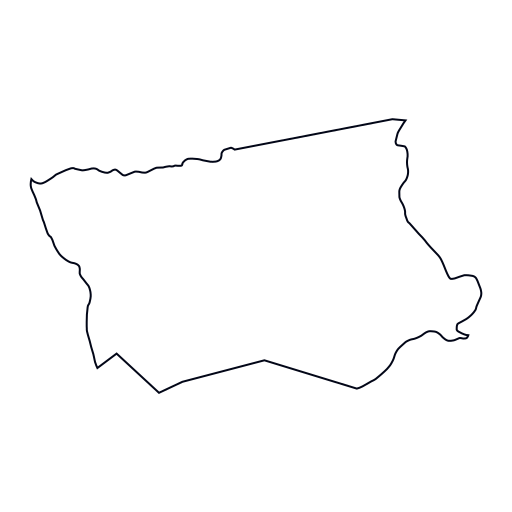 outline of San Juan, La Paz, Honduras
{"feature_id": "27666195B87762475019358", "entity_name": "San Juan", "entity_type": "district", "adm_level": 2, "iso_a3": "HND", "parent_name": "Honduras", "parent_adm1": "La Paz", "projection": "albers", "projection_center": [-87.732, 13.955], "detail": "fine", "context": "isolated", "style": "outline", "palette": "ink", "viewbox_px": 512, "rotation_deg": 0, "n_neighbors": 0, "source": "geoboundaries", "source_scale": "gbopen_adm2", "svg_char_len": 5980}
<svg xmlns="http://www.w3.org/2000/svg" viewBox="0 0 512 512"><path d="M405.5,120.4L392.4,119.2L234.7,149.6L233.3,148.7L232.3,148.2L231.3,147.8L230.9,147.8L230.7,147.8L224.3,149.8L223.9,150.1L223.4,150.5L222.9,151.1L222.4,151.7L221.9,152.6L221.6,153.2L221.5,154.0L221.5,155.3L221.3,156.4L221.0,157.8L220.6,158.7L220.3,159.2L220.0,159.5L219.3,160.2L218.4,160.7L217.3,161.2L215.6,161.6L214.1,161.7L212.8,161.8L210.3,161.7L202.9,160.3L199.7,159.4L198.0,159.1L196.9,159.0L192.9,158.7L190.1,158.7L188.3,158.8L187.5,159.0L186.3,159.6L185.0,160.4L184.2,161.2L183.2,162.2L182.5,163.3L182.4,163.5L182.3,164.4L182.0,165.1L181.8,165.4L181.5,165.6L180.5,165.8L179.0,165.8L177.8,165.8L175.9,165.6L175.1,165.6L174.4,165.8L173.3,166.3L172.5,166.4L171.6,166.5L170.2,166.3L169.5,166.2L168.1,166.4L166.2,166.7L164.8,167.0L163.5,167.4L162.7,167.5L159.2,167.6L157.0,167.7L156.3,167.8L155.5,168.1L154.0,168.7L147.7,171.9L146.5,172.4L145.8,172.6L144.8,172.7L143.2,172.6L142.0,172.5L140.2,172.1L138.9,171.8L136.6,171.6L135.1,171.6L134.4,171.8L126.0,175.2L125.2,175.4L124.8,175.4L124.1,175.4L123.3,175.2L122.6,174.9L117.6,170.8L116.5,170.0L115.7,169.7L115.3,169.6L114.9,169.6L114.4,169.7L113.3,170.0L112.3,170.5L110.9,171.5L110.1,171.9L108.8,172.4L108.0,172.7L107.5,172.8L107.0,172.8L106.1,172.7L105.0,172.6L102.7,172.0L101.7,171.7L99.2,170.7L98.6,170.3L97.5,169.5L96.8,169.1L95.8,168.7L94.8,168.5L93.6,168.4L91.8,168.5L90.6,168.8L88.5,169.4L86.5,169.8L84.1,170.2L83.1,170.3L82.6,170.3L81.9,170.3L80.5,170.0L75.5,168.9L75.0,168.8L74.5,168.5L73.8,168.2L73.2,168.1L72.5,168.1L71.1,168.3L69.9,168.7L66.0,170.1L63.3,171.3L57.1,174.1L55.9,174.7L53.0,177.1L51.1,178.4L47.5,180.7L45.3,182.0L44.4,182.4L43.3,182.9L42.2,183.3L41.1,183.5L40.5,183.5L39.6,183.5L38.0,183.2L36.5,182.7L34.8,182.0L33.8,181.4L33.3,181.0L32.7,180.5L31.4,179.1L31.1,180.5L30.9,181.5L30.8,182.6L30.7,184.0L30.7,185.2L30.8,186.1L31.0,187.2L31.2,188.1L31.5,188.9L32.6,191.6L34.2,195.0L35.3,197.7L36.0,199.5L36.5,201.4L36.8,202.5L40.1,210.5L42.9,219.9L43.9,222.2L45.8,228.2L47.1,231.9L47.5,233.0L47.8,233.7L48.5,234.8L49.2,235.7L49.7,236.2L50.5,236.7L50.7,236.9L51.0,237.2L51.3,237.8L51.8,238.7L52.5,240.2L54.3,245.4L54.6,246.1L56.3,249.2L57.4,251.0L59.3,253.9L60.1,254.8L60.8,255.6L62.3,257.0L64.4,258.7L66.0,259.9L68.1,261.2L69.6,262.0L70.9,262.5L72.2,262.8L74.3,263.2L75.7,263.7L76.6,264.1L77.5,264.6L78.3,265.3L78.8,265.8L79.1,266.2L79.4,266.9L79.5,267.4L79.7,268.2L79.8,269.1L79.8,270.2L79.7,271.8L79.7,272.8L79.7,273.4L79.9,274.1L80.4,275.3L81.0,276.4L81.6,277.3L83.4,279.4L86.4,283.3L88.2,285.5L88.7,286.3L89.5,288.2L90.0,290.1L90.3,291.3L90.5,292.5L90.7,294.6L90.7,296.4L90.4,298.8L89.9,301.1L89.6,302.4L89.3,303.3L88.9,304.1L88.2,305.2L87.9,305.9L87.6,307.6L87.4,309.7L86.9,314.5L86.8,318.2L86.7,321.8L86.7,326.3L86.8,328.4L86.8,329.9L87.0,331.3L87.8,334.5L88.7,337.6L89.7,341.0L91.2,347.0L92.3,350.7L93.3,354.0L94.0,357.1L94.6,360.0L95.1,362.2L95.7,363.8L96.2,365.3L97.4,368.0L116.6,353.6L159.0,392.8L182.4,381.8L264.4,360.3L356.8,388.6L358.1,388.2L359.4,387.8L362.5,386.4L370.2,382.0L371.4,381.3L373.3,380.4L374.4,379.8L375.8,378.9L378.8,376.4L381.4,374.2L384.5,371.4L387.0,369.0L388.8,366.9L390.1,365.3L391.3,363.4L392.1,361.9L392.7,360.8L393.5,359.0L394.0,357.6L394.8,355.0L395.4,353.5L396.4,351.6L397.4,350.0L398.4,348.7L400.1,347.0L402.3,345.0L405.3,342.3L406.1,341.7L407.0,341.2L408.2,340.6L410.0,339.8L411.4,339.4L413.9,338.9L414.9,338.6L416.8,337.9L418.6,337.1L419.8,336.5L421.3,335.7L422.4,334.9L424.0,333.7L424.9,333.1L425.8,332.5L427.1,331.9L427.8,331.6L428.9,331.3L429.7,331.2L430.5,331.2L432.1,331.3L434.2,331.5L435.3,331.7L436.3,332.0L437.1,332.4L438.1,333.0L439.2,333.8L440.0,334.4L441.1,335.5L442.3,336.9L442.7,337.3L444.0,338.4L445.0,339.2L446.1,339.9L446.9,340.3L447.7,340.6L448.5,340.8L449.4,340.8L450.9,340.8L452.2,340.6L453.5,340.4L454.6,340.1L455.6,339.7L458.6,338.4L459.3,338.1L459.8,338.0L460.0,338.0L461.0,338.1L463.0,338.5L464.3,338.5L465.7,338.4L466.2,338.2L466.8,337.9L467.2,337.4L467.7,336.7L468.1,335.9L468.3,335.2L467.3,335.1L466.2,335.0L465.3,334.7L464.3,334.4L461.7,333.3L460.6,332.7L458.5,331.6L457.9,331.2L457.4,330.8L457.2,330.5L456.9,330.1L456.7,329.6L456.7,329.3L456.7,328.1L456.8,326.4L457.0,325.4L457.3,324.5L457.5,324.1L457.8,323.8L458.7,323.2L461.9,321.5L466.0,319.2L467.5,318.2L468.8,317.2L471.1,315.2L471.9,314.4L473.0,313.2L474.0,312.0L474.7,311.0L475.4,310.0L475.7,309.4L476.0,308.5L476.4,306.8L476.8,305.7L478.6,301.6L480.3,297.9L480.8,296.7L481.1,295.5L481.3,293.9L481.3,292.7L481.1,291.3L480.8,289.8L480.4,288.4L478.8,284.3L477.6,281.2L476.8,279.5L476.1,278.2L475.6,277.6L474.8,276.9L473.8,276.3L472.6,275.9L470.7,275.6L468.4,275.3L466.6,275.2L464.9,275.2L464.4,275.2L463.4,275.5L459.3,276.8L455.1,278.3L454.4,278.5L452.6,278.8L451.8,278.9L450.9,278.9L450.3,278.6L449.8,278.2L449.2,277.4L448.5,276.3L447.2,273.7L445.9,270.7L443.7,265.2L442.4,262.2L441.0,259.3L440.1,257.8L439.4,256.8L438.2,255.3L436.4,253.4L430.8,247.5L428.3,244.7L426.7,242.8L424.9,240.4L423.5,238.8L422.3,237.4L418.8,233.8L409.7,223.5L409.3,223.1L408.3,222.3L407.8,221.7L407.1,220.3L406.6,218.8L405.7,216.4L405.4,215.3L405.2,214.5L405.1,213.8L405.1,213.0L405.1,211.8L405.0,210.9L404.7,209.5L404.3,208.1L403.6,206.2L402.8,204.4L402.1,203.1L401.2,201.6L400.7,200.7L400.0,199.1L399.5,197.6L399.4,196.7L399.3,191.6L399.4,190.6L399.7,189.4L400.1,188.4L400.6,187.4L401.9,185.3L403.2,183.4L403.7,182.7L405.2,181.0L405.8,180.2L406.1,179.6L406.6,178.6L407.2,177.0L407.6,175.7L407.9,174.3L408.1,172.4L408.1,170.7L407.9,169.0L407.5,167.3L407.3,166.1L407.1,164.4L407.0,162.2L407.1,160.1L407.4,157.8L407.6,156.4L407.6,155.2L407.6,154.1L407.3,151.6L407.1,150.8L406.9,149.9L406.5,148.9L406.1,148.1L405.5,147.2L405.0,146.6L404.9,146.5L404.3,146.3L400.8,145.7L397.8,145.3L397.2,145.1L396.9,144.9L396.5,144.5L396.3,144.1L396.0,143.7L395.8,143.1L395.7,142.5L395.6,141.8L395.6,141.3L395.8,140.5L397.4,134.1L397.7,133.2L397.9,132.6L399.1,130.4L401.5,126.5L403.4,123.4L405.5,120.4Z" fill="none" stroke="#020617" stroke-width="2"/></svg>